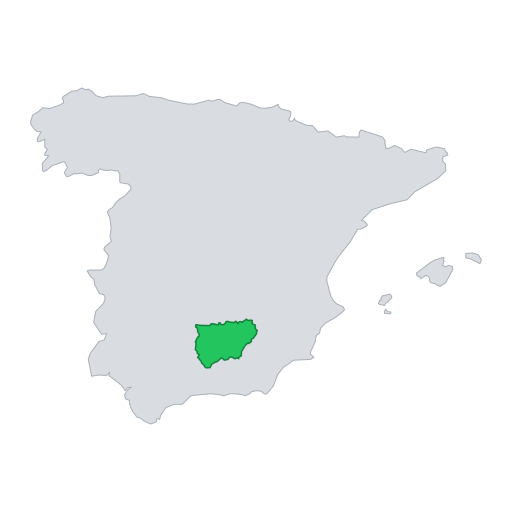 where Jaén sits in Spain
{"feature_id": "ESP-5826", "entity_name": "Jaén", "entity_type": "Autonomous Community", "adm_level": 1, "iso_a3": "ESP", "parent_name": "Spain", "parent_adm1": "", "projection": "mercator", "projection_center": [-3.264, 37.956], "detail": "fine", "context": "in_parent", "style": "filled", "palette": "green", "viewbox_px": 512, "rotation_deg": 0, "n_neighbors": 0, "source": "natural_earth", "source_scale": "10m", "svg_char_len": 6312}
<svg xmlns="http://www.w3.org/2000/svg" viewBox="0 0 512 512"><path d="M278.2,104.4L278.2,106.0L280.9,109.0L288.9,110.8L290.9,112.0L290.5,116.2L288.6,119.7L290.3,121.3L292.2,121.3L294.6,118.4L295.1,120.3L298.7,122.0L306.8,125.3L312.4,125.7L318.3,132.1L327.9,130.9L336.4,137.1L344.5,135.7L346.3,136.9L358.8,137.1L359.5,132.0L361.0,130.0L382.7,137.0L385.3,141.3L384.8,143.4L386.0,148.4L388.8,148.3L394.5,145.5L401.9,148.9L403.9,152.0L405.4,152.2L411.0,149.2L426.0,152.8L426.6,150.4L427.6,149.7L433.9,147.6L436.6,147.1L444.6,148.7L445.5,151.6L447.1,152.7L447.8,155.1L443.1,156.6L442.6,160.8L445.5,164.4L445.8,170.6L437.7,178.5L414.6,191.9L407.0,199.8L389.9,203.8L372.1,209.7L361.6,220.3L364.3,221.1L367.4,224.7L366.4,226.3L361.8,228.7L357.6,229.4L349.9,242.3L339.2,255.6L335.3,261.6L326.9,277.0L326.9,281.4L331.0,296.6L333.4,300.6L336.7,303.9L343.0,306.8L344.5,309.6L342.3,312.2L336.0,317.0L325.1,323.3L320.5,328.4L319.5,333.2L316.3,335.4L315.1,342.1L310.7,351.5L310.4,353.9L313.8,357.3L310.5,359.4L293.7,360.2L283.2,367.5L278.0,374.0L273.3,386.0L267.6,393.0L265.1,394.3L261.1,391.2L256.2,390.7L251.5,391.7L249.0,394.2L245.1,395.6L241.3,394.4L233.1,393.7L229.4,393.8L223.7,395.8L218.8,394.5L210.5,393.8L192.6,395.4L190.3,396.2L182.4,404.2L173.7,404.4L165.9,407.6L160.6,415.4L159.6,419.5L158.0,418.5L156.8,418.9L156.2,422.0L150.8,424.0L144.7,421.4L139.6,417.6L137.0,417.3L132.6,411.3L130.8,407.5L129.5,403.3L129.4,400.4L125.5,398.8L124.6,395.0L127.4,390.0L131.1,387.3L127.6,387.5L125.1,390.7L121.9,385.6L108.9,375.6L109.6,372.1L107.4,374.7L105.9,375.4L99.2,375.0L91.6,376.2L88.3,359.2L90.3,353.2L98.9,341.5L104.3,339.9L106.5,333.8L101.5,334.1L93.6,322.4L95.7,311.5L103.5,303.3L104.8,299.9L105.1,296.9L103.6,294.7L99.3,293.5L94.9,284.8L93.9,279.3L90.3,276.3L87.2,270.9L90.0,270.0L101.1,270.0L103.8,268.6L105.9,264.9L108.0,258.9L108.5,255.3L104.1,250.0L104.0,248.9L104.6,247.1L111.4,241.3L110.0,236.9L111.1,227.7L110.5,222.3L109.8,217.8L107.4,212.1L109.0,209.7L112.5,207.7L115.4,203.0L119.5,199.1L124.9,195.9L131.2,188.9L130.2,185.8L128.1,184.0L120.3,182.7L119.7,181.3L119.8,173.7L117.7,170.7L114.9,171.0L110.6,169.7L109.5,170.5L104.0,170.3L100.2,168.9L98.6,170.1L98.1,172.8L91.6,175.5L88.0,175.4L82.0,173.1L75.2,173.9L74.4,173.3L68.7,176.4L66.7,176.5L64.3,172.7L67.5,167.3L64.7,162.1L63.0,161.9L52.2,165.7L46.0,170.7L43.5,171.4L42.6,170.5L42.3,163.4L48.8,155.8L44.7,155.3L44.9,153.1L47.5,149.6L44.8,147.0L44.8,139.3L39.0,141.8L37.5,141.4L37.4,138.3L41.0,132.1L37.2,131.4L34.3,129.1L30.7,124.0L30.7,121.4L32.6,115.1L37.7,112.1L42.8,107.7L49.7,108.6L60.0,104.9L63.5,102.9L63.4,100.3L62.2,98.3L63.3,96.5L71.6,91.2L76.7,90.7L81.8,88.0L85.3,89.7L88.3,89.1L91.8,91.2L96.3,95.8L103.0,97.7L108.4,96.2L135.6,95.8L143.4,93.5L149.4,96.4L161.1,97.7L168.1,100.1L187.4,104.0L194.4,104.1L208.5,100.2L212.3,101.2L217.9,99.3L220.6,99.7L224.2,102.4L236.5,106.0L239.8,102.9L242.2,102.2L251.1,104.2L260.1,108.0L264.8,108.3L271.6,107.3L278.2,104.4ZM442.4,265.3L445.6,266.7L448.9,265.4L450.7,265.9L452.5,266.6L452.9,269.3L445.7,282.7L440.0,286.4L434.2,283.5L430.9,282.8L429.9,281.7L429.1,277.4L427.6,276.0L425.4,275.4L420.9,278.8L419.6,276.5L417.4,276.1L416.6,274.7L416.6,273.0L430.4,262.5L434.4,260.2L442.8,257.5L444.1,257.9L443.0,259.5L444.2,261.0L442.4,265.3ZM481.3,259.8L480.0,263.6L469.7,258.6L466.4,258.0L465.6,257.2L465.9,253.5L472.8,252.9L478.3,254.8L481.3,259.8ZM385.9,302.8L384.7,305.4L379.6,304.5L378.5,303.4L379.6,300.4L381.0,300.1L381.1,298.0L382.6,295.8L389.8,294.1L391.4,295.6L391.8,297.6L387.5,302.2L385.9,302.8ZM390.8,313.3L390.0,313.9L384.5,313.3L384.4,311.6L385.6,309.2L387.6,311.6L390.8,312.0L390.8,313.3Z" fill="#d9dde1" stroke="#a8b0b8" stroke-width="1"/><path d="M253.1,338.4L251.3,339.2L251.4,341.5L249.0,343.4L248.5,343.0L248.3,342.9L248.0,342.9L245.2,345.5L241.7,351.3L241.4,352.4L241.3,355.9L238.8,357.2L238.6,358.6L237.0,358.1L236.3,358.1L235.7,358.3L235.0,358.8L231.8,357.1L230.6,357.0L229.7,357.2L228.9,357.9L228.2,359.1L227.6,359.5L224.8,360.1L224.0,359.9L222.5,358.4L221.7,357.9L221.2,358.1L217.2,361.6L215.3,362.1L211.7,364.2L210.1,367.6L206.4,367.9L204.8,366.9L203.6,364.6L201.9,363.4L201.7,362.9L201.1,361.2L199.6,359.6L198.7,358.1L198.0,357.8L197.7,357.5L197.9,356.9L198.9,355.7L199.1,355.3L199.1,354.5L198.6,354.2L197.5,353.7L197.2,353.0L197.1,351.3L196.7,350.8L195.9,350.3L195.5,349.9L195.4,349.4L196.1,343.3L195.4,341.6L196.0,341.0L196.2,340.7L196.3,339.6L196.5,339.2L198.4,336.4L199.2,336.0L199.2,334.1L198.2,332.7L197.8,331.9L197.6,330.9L197.7,329.6L196.8,327.5L196.7,327.4L195.6,326.9L195.7,325.4L195.8,325.1L196.0,324.8L196.3,324.7L197.0,324.7L197.6,324.8L198.9,325.3L208.3,325.6L209.5,325.5L210.1,325.2L210.5,324.5L210.7,324.2L211.2,323.9L211.6,323.8L212.2,323.7L212.5,323.7L212.9,323.9L213.4,324.1L213.7,324.0L213.9,323.9L214.2,323.9L215.0,324.3L215.7,324.4L217.4,324.8L217.9,324.8L218.2,324.7L218.5,324.5L218.6,324.3L218.7,323.3L218.9,323.0L219.2,322.8L219.6,322.7L220.0,322.8L220.2,323.0L220.3,323.3L220.3,323.6L220.4,323.9L220.6,324.1L220.8,324.3L221.9,324.6L222.4,324.7L222.8,324.7L223.3,324.6L224.1,324.2L224.9,323.7L225.4,323.2L225.5,323.0L225.6,322.7L225.6,322.4L225.8,322.1L226.0,321.8L226.6,321.5L227.3,321.4L227.8,321.4L228.2,321.5L228.8,321.8L229.4,322.0L230.1,322.2L232.4,322.3L233.5,322.6L234.0,322.6L234.3,322.4L234.8,322.0L235.7,321.3L236.0,321.4L236.3,321.5L236.5,321.8L237.3,322.9L237.7,323.4L238.0,323.6L238.2,323.2L238.3,322.7L238.5,322.4L239.2,321.9L239.7,321.7L240.1,321.6L240.6,321.6L240.9,321.7L241.3,321.8L241.5,322.0L241.9,322.2L242.1,322.3L242.2,322.2L242.3,322.1L242.5,322.0L242.6,321.9L242.7,321.7L243.0,321.5L243.2,321.3L244.2,320.8L244.3,320.7L244.5,320.6L245.0,320.3L245.7,319.7L245.8,319.6L246.2,319.2L247.4,320.0L248.9,320.6L249.5,320.3L249.9,320.2L250.5,320.2L251.4,320.2L251.9,320.4L252.2,320.5L252.3,320.6L252.3,320.8L252.2,321.3L252.3,321.9L252.3,322.2L252.3,322.8L252.2,323.1L252.2,323.4L252.3,323.7L252.4,323.9L252.8,324.2L255.1,324.9L255.1,325.2L255.1,325.8L255.1,326.1L255.2,326.4L255.3,326.7L255.4,327.3L255.3,328.0L255.4,328.4L255.4,328.8L255.6,329.2L256.7,329.8L256.9,330.2L257.0,330.6L257.0,330.8L256.9,331.1L256.9,331.4L256.8,331.7L256.8,331.9L256.6,332.1L256.5,332.3L256.4,332.4L256.4,332.6L256.5,333.1L256.6,333.5L256.5,333.8L254.5,336.5L254.2,337.1L253.9,337.3L253.5,337.9L253.1,338.4Z" fill="#22c55e" stroke="#15803d" stroke-width="1.5"/></svg>